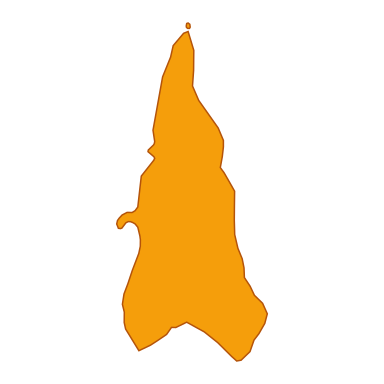 Elobey Grande, Equatorial Guinea (Equal Earth projection)
{"feature_id": "11065452B23490115173263", "entity_name": "Elobey Grande", "entity_type": "district", "adm_level": 2, "iso_a3": "GNQ", "parent_name": "Equatorial Guinea", "parent_adm1": "", "projection": "equal_earth", "projection_center": [9.506, 0.981], "detail": "fine", "context": "isolated", "style": "filled", "palette": "amber", "viewbox_px": 384, "rotation_deg": 0, "n_neighbors": 0, "source": "geoboundaries", "source_scale": "gbopen_adm2", "svg_char_len": 1266}
<svg xmlns="http://www.w3.org/2000/svg" viewBox="0 0 384 384"><path d="M234.4,208.1L234.6,191.2L229.8,182.7L224.1,172.8L220.3,167.6L222.3,156.6L223.4,146.9L223.4,140.4L218.2,128.0L198.7,100.4L192.5,86.0L193.6,70.4L193.7,58.8L193.8,50.4L188.1,31.5L183.6,33.3L173.2,45.6L170.6,57.1L162.6,76.9L153.0,130.2L154.7,141.5L154.3,143.6L153.5,145.0L148.3,150.0L148.0,151.7L153.9,156.7L154.7,158.3L154.3,159.0L153.9,160.1L141.3,176.1L137.8,207.0L135.1,210.7L132.1,212.5L127.1,212.4L122.1,215.0L119.3,218.0L117.5,220.5L116.7,224.0L117.5,226.0L118.4,228.3L120.5,228.6L121.9,228.1L125.9,222.8L128.2,221.6L130.6,221.7L132.9,222.6L135.1,223.9L137.8,227.2L139.9,236.0L140.4,239.9L140.3,246.3L138.8,253.4L132.4,270.2L127.9,283.7L124.0,294.0L122.4,304.3L124.3,312.1L124.2,322.5L125.6,329.0L138.9,350.7L150.6,345.1L157.4,340.7L166.6,334.4L171.5,327.4L175.8,327.5L186.7,322.2L204.3,331.9L217.7,342.6L231.7,356.5L236.7,361.0L241.1,360.2L250.0,351.6L254.0,340.1L258.9,333.7L264.8,323.4L267.3,313.8L262.6,303.3L254.4,295.3L250.1,286.2L244.4,277.6L244.0,267.9L242.2,258.8L237.9,248.3L234.7,234.6L234.3,220.4L234.4,208.1ZM189.5,28.4L190.2,27.1L189.8,24.3L188.1,23.0L186.7,23.5L186.3,25.5L186.3,27.0L187.0,27.9L187.7,28.4L189.5,28.4Z" fill="#f59e0b" stroke="#b45309" stroke-width="1.5"/></svg>